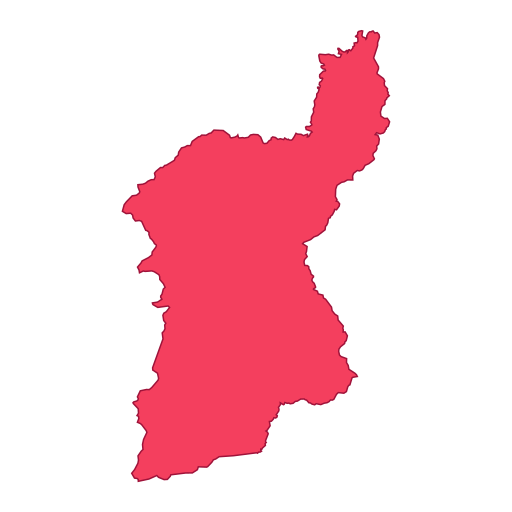 Ngoc Hoi, Kon Tum, Vietnam (Mercator projection)
{"feature_id": "81297802B1803091954954", "entity_name": "Ngoc Hoi", "entity_type": "district", "adm_level": 2, "iso_a3": "VNM", "parent_name": "Vietnam", "parent_adm1": "Kon Tum", "projection": "mercator", "projection_center": [107.691, 14.739], "detail": "fine", "context": "isolated", "style": "filled", "palette": "rose", "viewbox_px": 512, "rotation_deg": 0, "n_neighbors": 0, "source": "geoboundaries", "source_scale": "gbopen_adm2", "svg_char_len": 6026}
<svg xmlns="http://www.w3.org/2000/svg" viewBox="0 0 512 512"><path d="M200.0,136.6L198.6,136.7L192.2,141.4L190.5,145.6L187.3,145.6L184.8,147.0L181.5,147.9L178.7,152.1L178.2,155.2L175.3,157.6L174.4,160.3L166.3,165.2L164.8,165.4L162.7,167.6L160.5,167.5L156.0,171.3L154.5,173.2L155.3,176.8L154.1,179.6L151.2,179.7L147.9,181.2L145.5,183.2L142.8,184.2L137.9,184.7L138.0,187.0L139.8,191.7L139.3,193.0L136.5,195.2L132.2,195.8L126.4,201.8L124.2,204.7L122.4,211.3L126.2,213.6L130.7,213.2L132.6,215.1L133.1,218.0L135.4,221.0L139.3,220.5L141.6,221.3L145.7,230.3L147.1,230.7L149.0,232.3L148.9,234.5L150.4,238.5L151.3,238.9L153.6,241.8L154.4,243.6L156.2,244.9L156.4,245.9L155.7,247.4L152.2,252.0L151.9,255.0L148.5,257.6L142.1,260.9L141.0,263.0L137.5,267.1L139.0,270.0L139.5,272.8L143.3,271.0L145.1,271.4L151.8,270.9L154.2,271.7L158.9,274.7L159.7,276.7L159.8,279.5L163.4,283.7L165.1,287.3L163.3,289.1L162.0,294.2L160.7,296.0L160.7,297.3L161.9,299.2L157.5,302.1L152.4,302.9L152.6,303.9L153.1,304.7L157.8,307.4L168.1,306.0L169.6,307.4L166.3,311.7L163.8,313.2L162.9,315.3L163.7,320.5L165.8,323.2L164.7,325.0L165.0,328.7L164.0,330.9L162.2,332.9L163.0,338.9L152.6,367.8L152.8,370.1L157.5,373.2L158.6,378.3L158.1,380.1L151.8,387.5L149.3,389.6L146.5,389.5L140.3,390.8L137.4,396.9L138.3,398.6L138.0,399.9L136.8,401.0L133.9,401.8L133.0,402.7L133.3,403.5L138.2,408.7L138.5,413.2L137.0,415.6L138.5,416.3L138.8,418.5L137.4,422.3L140.3,423.5L141.7,424.7L146.2,430.6L146.9,432.4L143.6,439.4L142.5,444.5L143.0,449.5L141.2,451.2L138.0,455.9L138.5,460.1L137.9,463.3L134.6,469.6L131.7,473.3L134.5,478.1L137.2,478.5L138.2,479.4L138.3,481.3L149.0,479.0L156.8,475.5L158.5,477.3L164.1,479.6L167.4,479.4L170.3,476.2L170.8,474.8L185.5,473.0L192.4,472.9L197.4,469.7L198.3,466.8L206.7,467.1L207.7,466.6L211.8,462.3L213.4,459.8L215.7,459.0L219.1,456.7L233.6,455.7L256.5,452.8L257.6,453.2L258.4,452.2L260.3,452.0L261.5,451.2L260.7,450.3L260.8,449.1L261.8,449.3L262.4,448.1L265.4,445.4L265.1,443.6L266.2,442.5L265.6,441.9L265.6,440.5L268.2,433.8L267.5,432.2L266.0,431.0L267.1,430.3L270.1,425.8L269.4,421.5L271.4,421.2L273.2,419.3L273.9,417.7L275.7,418.0L277.0,417.0L277.3,415.7L276.2,414.8L278.8,410.9L279.0,409.4L278.5,407.3L280.5,404.5L280.3,402.8L283.4,404.7L284.1,404.4L284.9,402.5L287.1,403.3L288.9,403.1L290.2,403.8L293.1,403.3L295.3,401.4L297.4,401.1L300.6,399.1L304.3,399.0L305.2,399.8L306.6,400.1L308.9,402.8L310.3,402.9L312.0,404.1L314.7,404.8L316.2,403.7L320.8,404.6L324.2,403.2L327.1,402.7L329.1,401.6L330.4,400.0L332.3,400.1L333.8,399.4L336.5,394.3L338.3,392.6L343.9,393.2L346.4,391.6L347.8,386.7L348.8,385.3L349.9,384.9L352.0,377.9L352.8,377.3L357.3,376.5L356.5,374.8L355.0,373.3L348.9,369.3L348.2,365.4L346.5,362.6L346.6,358.6L341.1,356.6L339.5,355.1L338.7,351.5L338.9,349.2L340.5,346.8L344.6,343.5L344.9,341.9L346.2,340.7L347.4,335.8L345.1,331.9L343.1,332.0L343.3,329.7L342.8,328.2L343.3,326.1L338.1,320.0L337.7,316.0L334.8,314.1L332.1,310.7L331.5,307.1L325.6,299.2L323.5,298.0L322.9,295.1L318.2,293.9L317.4,291.2L313.5,289.5L313.6,288.7L315.5,287.6L315.6,287.0L314.2,283.3L312.6,281.8L311.8,280.1L312.5,278.1L313.5,277.0L313.5,276.1L311.1,274.2L310.2,270.8L308.8,268.6L308.8,266.8L307.5,265.6L304.7,265.4L304.0,262.0L304.5,259.6L307.2,256.6L305.7,253.7L306.5,251.4L307.1,246.5L302.6,243.7L303.8,242.3L310.6,239.6L313.9,236.9L317.7,235.5L325.1,229.8L325.5,226.3L326.6,225.3L327.8,222.8L328.5,218.3L330.3,217.7L330.5,216.3L332.3,214.9L334.2,211.3L334.6,209.4L336.5,209.8L339.2,206.1L339.6,203.9L337.7,201.4L336.3,201.2L337.0,199.6L335.4,196.7L335.7,189.2L337.0,185.3L341.6,182.3L344.1,181.8L347.5,179.9L352.8,180.0L352.6,176.0L353.6,173.3L357.2,170.5L359.6,170.9L362.0,169.9L363.2,168.7L365.1,165.3L368.8,163.7L373.9,159.7L374.4,158.8L372.9,155.5L373.2,153.3L375.9,150.8L376.9,148.8L376.7,146.0L378.6,144.0L379.3,139.1L377.8,135.1L375.2,134.6L376.6,132.7L380.1,133.9L383.3,133.0L384.7,131.6L385.4,129.6L386.3,129.0L386.3,127.6L388.2,126.3L389.6,121.8L387.3,118.3L384.5,118.5L380.9,116.1L380.4,112.0L382.0,106.5L384.9,104.4L385.0,100.7L386.7,98.8L386.8,97.9L389.3,95.7L387.9,94.1L388.2,92.5L387.2,90.8L387.5,88.7L384.5,85.6L384.2,82.7L384.8,81.3L383.5,78.6L377.2,73.9L377.0,72.7L378.5,68.9L378.5,66.8L373.6,58.0L377.6,45.6L377.6,42.6L379.5,37.2L379.0,34.6L377.2,32.6L374.7,33.0L373.2,31.0L372.2,31.1L371.3,31.8L369.7,31.8L368.4,32.9L366.8,35.8L366.7,38.2L365.9,39.3L365.2,37.8L362.8,37.0L361.9,35.6L362.7,31.0L361.6,30.7L358.8,31.4L357.8,32.3L357.6,34.7L355.6,36.3L356.1,37.0L357.7,37.2L358.0,41.2L356.9,42.9L356.0,42.6L354.1,43.1L354.5,45.8L352.9,46.7L352.9,48.0L350.9,50.7L350.4,50.7L349.5,49.7L348.8,49.8L348.2,51.9L347.4,52.8L347.3,50.5L346.5,50.5L345.1,51.9L343.7,52.0L342.1,51.2L338.9,48.3L337.9,48.4L337.9,49.3L339.1,51.1L338.4,53.7L341.5,54.4L340.1,57.4L336.9,57.4L333.7,54.9L331.7,55.1L328.7,54.2L325.4,54.7L319.7,54.2L319.1,54.6L318.8,55.7L319.8,61.0L321.1,63.0L323.7,64.0L324.4,65.2L323.1,65.8L321.8,65.7L321.1,66.2L321.2,67.4L323.0,68.9L325.0,69.2L325.6,70.5L325.2,71.0L323.4,71.1L319.7,74.7L319.6,76.8L320.3,78.3L322.4,78.1L322.7,78.5L321.5,81.1L319.6,82.4L319.2,84.7L320.3,85.7L320.0,87.1L319.1,88.2L318.1,87.0L317.6,87.3L317.7,88.2L319.0,89.2L319.0,89.8L318.1,92.4L316.8,93.9L316.6,97.2L314.2,101.0L314.8,104.9L314.4,106.9L313.2,108.8L313.7,112.2L311.4,116.8L311.3,121.0L310.4,122.2L311.7,124.1L311.8,125.0L309.5,126.5L306.3,126.5L305.6,127.2L306.2,129.5L311.4,131.2L312.1,132.1L310.5,133.3L309.4,135.8L308.2,136.8L307.3,136.9L307.8,135.2L307.5,134.2L303.4,135.6L301.1,134.3L297.5,134.1L296.0,133.3L294.4,136.4L292.4,139.5L291.3,140.2L289.2,140.0L288.4,139.2L287.2,139.6L284.7,138.0L283.7,139.6L280.3,138.7L277.9,139.4L275.5,137.5L272.7,136.9L271.2,138.1L271.0,139.8L269.2,140.6L266.9,143.3L264.3,143.6L263.1,142.9L260.7,137.1L257.9,134.7L253.4,134.4L250.5,135.0L248.3,137.3L244.3,138.0L242.7,137.6L239.2,138.0L238.5,137.4L237.8,135.0L237.3,135.8L235.0,137.1L231.2,137.9L230.3,137.5L229.5,135.2L223.2,130.5L213.9,130.1L211.1,133.0L209.2,133.4L206.2,135.2L201.7,135.1L200.0,136.6Z" fill="#f43f5e" stroke="#9f1239" stroke-width="1.5"/></svg>